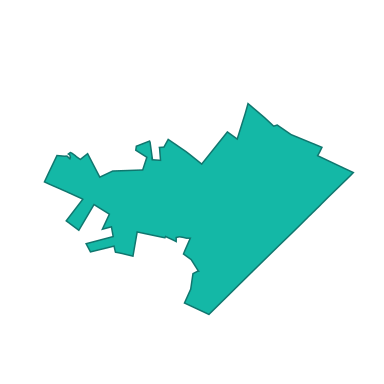 Sáric, Sonora, Mexico, rotated 115°
{"feature_id": "50627088B71903228926", "entity_name": "Sáric", "entity_type": "district", "adm_level": 2, "iso_a3": "MEX", "parent_name": "Mexico", "parent_adm1": "Sonora", "projection": "albers", "projection_center": [-111.433, 31.244], "detail": "fine", "context": "isolated", "style": "filled", "palette": "teal", "viewbox_px": 384, "rotation_deg": 115, "n_neighbors": 0, "source": "geoboundaries", "source_scale": "gbopen_adm2", "svg_char_len": 1671}
<svg xmlns="http://www.w3.org/2000/svg" viewBox="0 0 384 384"><g transform="rotate(115 192 192)"><path d="M295.8,124.9L295.4,124.8L269.1,115.0L256.1,110.2L244.3,105.8L206.3,91.5L206.0,91.4L185.4,83.5L182.5,82.4L179.8,81.4L178.5,80.9L171.7,78.4L169.2,77.5L167.4,76.8L165.0,76.0L161.8,74.7L160.1,74.1L157.3,73.0L154.5,72.0L154.2,71.9L153.0,71.4L152.5,71.2L149.5,70.1L148.5,69.8L138.4,66.1L109.8,55.2L109.5,55.1L106.2,54.0L106.2,63.9L106.2,64.1L106.0,93.5L101.9,93.2L96.6,93.1L98.1,126.5L95.3,143.1L97.1,145.0L97.8,145.9L94.0,157.5L88.2,178.6L98.6,176.9L101.7,176.5L124.9,173.4L122.6,185.3L135.3,188.4L162.6,195.0L158.8,210.5L158.0,214.2L157.9,214.6L154.4,235.8L163.2,236.4L165.4,240.4L165.7,240.2L165.8,240.0L176.6,233.9L179.6,241.7L178.4,242.5L178.3,242.2L164.5,251.1L164.3,251.6L163.9,251.9L163.8,252.0L174.0,261.8L177.9,260.6L179.6,247.6L192.9,246.0L206.5,272.7L216.0,280.6L217.5,281.8L216.4,283.3L201.4,302.8L209.7,307.0L208.8,312.0L208.4,313.0L207.6,317.1L207.6,318.9L209.8,320.1L210.0,318.4L212.1,316.8L213.5,316.7L212.3,320.5L213.5,322.8L216.0,329.8L235.6,330.0L245.2,330.0L245.2,324.5L244.8,307.5L244.6,288.6L244.7,287.9L271.3,293.8L274.5,278.4L244.8,275.5L247.0,257.5L263.6,257.5L257.6,250.3L265.7,244.6L283.6,266.1L289.2,258.7L274.0,239.8L278.7,236.1L278.9,235.9L278.5,234.4L278.3,233.7L277.2,229.0L276.9,227.4L275.1,218.4L251.4,224.8L248.0,210.2L245.5,199.5L244.9,197.2L243.5,197.2L243.5,188.8L243.6,185.4L239.9,187.1L237.9,184.5L236.8,180.6L236.2,177.5L234.6,174.0L244.6,173.8L248.5,173.7L251.8,173.5L253.6,164.2L261.0,152.7L261.2,153.2L265.5,156.6L267.0,156.2L280.6,152.1L295.8,151.9L295.8,124.9Z" fill="#14b8a6" stroke="#0f766e" stroke-width="1.5"/></g></svg>